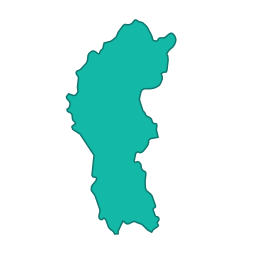 map outline of Orne (Equal Earth projection), rotated 263°
{"feature_id": "FRA-5332", "entity_name": "Orne", "entity_type": "Metropolitan department", "adm_level": 1, "iso_a3": "FRA", "parent_name": "France", "parent_adm1": "", "projection": "equal_earth", "projection_center": [0.157, 48.576], "detail": "fine", "context": "isolated", "style": "filled", "palette": "teal", "viewbox_px": 256, "rotation_deg": 263, "n_neighbors": 0, "source": "natural_earth", "source_scale": "10m", "svg_char_len": 3445}
<svg xmlns="http://www.w3.org/2000/svg" viewBox="0 0 256 256"><g transform="rotate(263 128 128)"><path d="M21.7,138.8L24.3,135.2L30.6,130.2L33.2,125.1L34.1,123.9L34.5,122.5L34.1,120.5L32.9,117.3L32.9,115.4L34.0,113.9L36.3,111.6L26.8,105.6L24.2,105.3L24.4,101.8L26.8,101.0L30.1,97.7L32.0,96.6L39.7,94.8L41.3,93.5L41.4,92.6L41.0,92.2L40.5,91.7L40.2,90.9L40.4,89.9L41.0,89.1L41.8,88.5L42.6,88.3L44.6,88.5L48.6,90.0L50.7,90.1L64.9,87.1L70.5,84.0L74.0,84.5L75.8,85.8L79.0,89.3L80.8,90.5L81.5,90.7L82.1,90.7L82.7,90.3L83.1,89.5L83.3,88.8L83.6,87.6L83.9,87.1L85.6,86.5L105.1,91.0L127.8,79.7L133.4,73.0L136.0,72.4L136.8,73.1L138.3,75.7L139.1,76.4L140.1,76.1L142.3,74.4L143.4,74.0L147.5,74.1L148.7,73.8L150.2,72.7L151.0,71.1L152.1,69.9L154.0,69.7L155.0,71.7L156.9,72.9L159.1,73.5L160.9,73.3L165.0,70.7L166.7,70.8L169.2,73.3L168.8,74.0L166.8,78.1L166.9,79.2L167.4,80.5L168.1,81.2L169.7,82.5L170.8,82.8L171.9,82.9L174.6,82.8L183.5,84.9L184.6,84.9L185.6,84.6L187.6,83.4L189.4,83.3L190.3,83.9L190.9,84.8L191.1,85.8L191.4,86.8L191.9,88.0L197.2,94.3L198.6,95.3L200.3,96.1L204.6,97.1L205.9,97.8L206.7,98.4L207.3,99.2L208.3,100.9L208.7,101.9L208.8,102.1L208.6,103.1L208.3,103.9L207.8,104.8L207.0,105.7L206.0,106.6L205.3,107.5L205.3,108.6L206.1,109.2L207.4,109.6L208.2,110.4L209.8,112.6L211.1,113.2L212.3,113.5L215.3,114.7L216.1,121.2L217.3,123.6L219.3,126.8L220.8,128.1L224.2,129.9L230.3,135.6L230.9,136.7L231.2,137.7L231.0,138.4L230.9,138.8L230.8,139.1L230.5,140.1L230.4,141.1L230.5,142.2L230.8,143.6L231.2,144.4L231.9,145.3L232.9,146.3L234.2,147.8L234.3,148.9L233.7,150.0L232.8,151.0L232.1,151.9L231.7,152.9L231.0,154.9L230.3,155.7L227.1,158.5L224.6,159.8L216.8,162.7L215.2,163.0L213.2,163.2L212.3,163.5L211.8,164.0L211.2,165.1L210.8,166.7L211.2,167.8L212.0,168.6L212.9,169.2L213.4,170.2L213.4,171.4L213.2,173.3L213.2,174.5L213.3,175.6L213.5,176.0L213.7,176.4L215.7,179.3L216.4,180.6L216.9,182.1L216.6,183.3L215.7,184.2L214.9,184.8L213.5,185.6L210.3,186.3L208.0,185.8L205.2,184.3L203.9,183.2L202.8,182.0L200.4,178.5L198.3,176.4L196.9,175.6L195.8,175.6L195.3,175.8L195.1,176.0L194.9,176.2L190.6,176.1L180.7,173.7L179.1,172.9L178.9,172.4L179.0,171.1L179.0,170.2L178.8,169.2L178.2,168.0L177.3,167.6L176.3,167.9L174.7,168.2L172.4,167.9L169.3,166.3L167.5,165.1L166.3,163.8L165.4,161.8L164.9,160.3L164.4,158.3L164.3,154.2L164.9,150.2L164.9,149.1L164.7,148.0L164.1,146.7L163.2,145.8L161.8,145.1L157.0,143.3L155.2,142.9L153.6,142.9L143.4,144.9L141.5,146.2L140.3,146.8L138.8,147.1L137.7,147.9L136.9,149.0L136.0,150.4L135.2,151.4L134.5,151.9L134.0,152.3L132.7,152.6L131.8,152.7L131.1,152.9L130.4,153.1L129.7,153.6L129.3,154.4L128.9,156.2L128.3,156.9L126.7,157.0L124.6,156.3L123.2,156.0L122.0,156.0L115.1,156.7L114.7,149.2L114.0,148.0L113.1,146.9L112.1,146.7L111.0,146.7L109.3,146.0L107.3,144.5L103.4,140.5L102.2,138.6L102.0,136.9L102.7,135.8L103.0,134.2L102.4,133.2L101.5,132.4L94.3,130.0L93.4,130.5L93.0,131.2L93.2,132.3L93.4,133.2L93.1,134.2L92.5,135.1L91.4,135.8L89.9,136.4L87.3,136.3L85.7,136.6L84.4,137.2L83.3,138.6L82.7,139.4L82.2,140.0L80.5,140.2L72.8,138.4L66.9,138.0L65.5,138.1L64.3,138.4L63.4,138.9L59.5,142.5L58.4,143.2L57.2,143.7L47.2,145.8L46.1,145.5L45.7,144.7L45.3,143.8L44.5,143.1L43.4,143.0L37.7,144.3L36.9,144.7L36.5,145.5L36.3,146.4L35.5,147.3L34.1,147.7L33.0,147.5L32.1,146.8L31.4,146.0L30.5,145.4L29.6,145.5L28.8,145.9L27.8,146.3L26.9,145.8L26.3,145.0L24.9,142.1L23.6,140.2L21.7,138.8Z" fill="#14b8a6" stroke="#0f766e" stroke-width="1.5"/></g></svg>